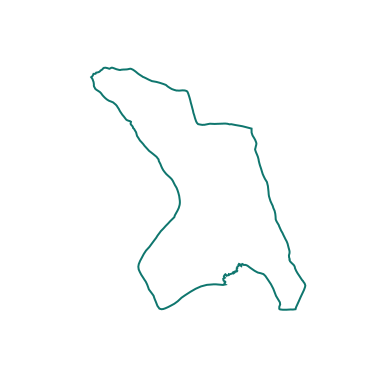 Kanhchriech, Prey Vêng, Cambodia, rotated 66°
{"feature_id": "14789045B7646940366874", "entity_name": "Kanhchriech", "entity_type": "district", "adm_level": 2, "iso_a3": "KHM", "parent_name": "Cambodia", "parent_adm1": "Prey Vêng", "projection": "natural_earth1", "projection_center": [105.547, 11.678], "detail": "fine", "context": "isolated", "style": "outline", "palette": "teal", "viewbox_px": 384, "rotation_deg": 66, "n_neighbors": 0, "source": "geoboundaries", "source_scale": "gbopen_adm2", "svg_char_len": 5137}
<svg xmlns="http://www.w3.org/2000/svg" viewBox="0 0 384 384"><g transform="rotate(66 192 192)"><path d="M341.2,145.1L339.7,143.9L337.4,141.3L335.0,138.6L332.0,135.3L329.0,131.8L327.0,129.5L324.8,127.4L323.5,126.5L321.4,126.3L319.6,126.7L318.1,126.9L317.6,127.2L313.4,127.9L311.5,128.2L309.3,128.6L306.3,128.9L303.5,128.9L302.5,128.6L300.6,128.6L298.7,129.3L297.3,129.9L295.3,130.6L293.6,130.6L293.2,130.1L291.2,129.9L289.3,129.2L288.2,128.3L287.4,127.7L285.8,127.0L284.2,126.7L282.1,126.4L279.8,126.0L278.1,125.7L275.6,125.6L273.2,125.8L270.4,125.9L268.2,126.0L267.1,126.0L266.2,126.0L263.5,126.3L260.5,126.3L258.5,126.3L257.4,126.2L255.9,126.4L253.3,126.7L251.2,126.7L249.6,126.1L248.3,125.6L245.8,124.8L242.8,124.2L239.7,124.2L237.4,123.9L234.8,124.0L232.1,124.0L230.4,123.8L227.2,123.4L225.4,122.9L222.9,122.0L219.5,120.9L217.3,120.2L216.0,120.0L213.4,119.5L209.7,120.0L207.1,120.1L204.3,120.1L201.8,119.8L198.7,119.4L195.3,119.1L193.3,118.8L191.6,118.5L191.0,118.4L189.1,117.9L186.6,117.5L184.1,117.4L182.6,117.4L180.7,117.3L179.7,117.2L178.6,117.0L177.7,116.2L176.6,115.4L175.0,114.1L173.8,113.4L172.6,113.2L170.2,113.1L167.9,113.3L165.0,113.7L162.0,113.4L160.1,112.6L158.3,111.8L154.0,117.2L152.5,119.1L151.0,121.3L148.4,125.2L146.7,127.6L146.0,128.6L145.5,130.1L144.0,132.0L142.9,134.0L142.1,136.0L141.1,138.5L140.2,140.7L139.0,143.7L137.8,146.1L136.9,147.9L136.3,150.5L135.7,153.2L134.8,155.4L133.9,156.8L132.5,158.8L130.8,159.4L129.1,159.5L125.6,159.2L123.1,158.8L120.2,158.5L118.0,158.0L115.4,157.6L112.4,157.1L110.2,156.8L107.6,156.3L105.7,156.0L104.2,155.8L102.4,155.6L100.4,155.4L98.7,155.4L97.6,155.8L96.3,157.3L95.2,159.5L94.4,161.9L93.8,163.2L93.0,164.9L91.6,166.6L89.8,168.5L87.9,169.9L86.8,170.6L85.7,171.3L83.6,172.3L81.7,174.2L79.0,177.2L76.9,179.8L74.4,183.5L71.7,185.9L69.1,188.0L67.7,189.2L66.8,190.1L65.7,190.7L64.4,191.6L62.5,192.8L61.2,193.5L59.3,194.4L57.7,195.3L56.0,196.4L54.8,197.5L54.4,198.0L54.1,198.9L53.8,200.5L53.5,201.6L53.0,203.0L52.4,204.4L52.0,205.5L51.6,206.7L51.3,208.1L50.8,208.9L49.8,210.2L49.1,211.1L48.2,212.0L47.0,213.2L46.1,214.2L45.7,215.1L45.8,216.3L45.8,217.4L44.5,218.8L43.3,220.4L42.8,221.9L42.9,222.8L43.5,224.0L43.8,225.3L43.8,226.1L44.2,226.7L44.5,227.9L44.4,229.5L44.1,230.5L44.0,231.1L44.7,232.0L44.4,233.0L44.0,233.9L44.6,234.5L45.5,235.6L45.9,236.5L46.1,237.4L47.1,237.2L48.0,237.0L48.8,237.0L50.0,237.1L51.5,237.2L52.9,237.6L53.6,237.8L54.3,238.1L54.9,238.4L55.8,238.6L56.5,238.5L57.3,238.4L58.1,238.5L58.7,238.2L59.7,237.8L60.7,237.1L62.1,236.2L63.2,235.5L64.8,234.9L67.2,234.4L69.0,233.8L70.6,233.2L72.7,232.2L74.8,230.8L76.5,229.1L78.1,227.6L79.8,226.8L81.2,226.1L82.9,225.6L84.6,225.4L86.1,225.1L88.2,225.0L89.8,224.8L91.5,224.5L93.2,224.2L95.2,223.6L96.9,223.2L99.0,222.7L100.0,222.1L101.1,221.0L102.0,219.9L103.0,219.2L103.6,219.6L104.4,220.2L105.4,220.4L106.5,220.0L107.9,219.6L108.9,219.6L109.5,219.8L110.4,219.4L111.0,219.2L112.4,219.1L114.7,218.8L118.4,219.4L120.8,219.0L123.8,218.6L125.8,217.9L128.3,217.1L130.5,216.6L132.6,215.9L134.7,215.2L136.9,214.5L139.3,213.2L141.8,211.9L145.2,210.2L145.7,210.0L146.2,209.9L147.1,209.7L147.9,209.5L148.6,209.3L150.2,209.7L151.9,209.6L153.6,209.5L155.8,209.6L157.9,209.6L160.4,209.4L162.6,208.9L165.1,208.2L167.0,207.4L169.7,206.2L171.8,205.4L173.9,205.0L176.4,204.9L178.6,204.8L181.8,204.4L184.4,204.5L187.2,204.8L190.3,205.3L192.7,206.0L195.1,206.7L197.0,207.5L198.7,208.5L201.2,210.6L203.1,212.8L206.1,216.8L206.5,217.3L207.8,218.4L208.7,220.8L209.8,223.8L211.0,226.5L212.3,229.8L213.7,232.9L215.1,236.4L216.3,238.5L217.8,241.2L219.3,243.4L220.9,246.3L222.7,249.5L224.8,253.2L226.8,257.8L228.4,260.3L229.2,261.5L231.8,264.8L233.8,267.4L236.3,270.0L238.4,271.4L241.1,272.2L243.7,272.2L247.0,272.0L249.5,271.6L252.9,271.1L255.1,270.7L258.3,270.6L261.2,270.8L263.4,271.0L266.1,270.4L268.3,269.9L270.6,269.4L271.2,269.3L272.0,269.4L274.1,269.6L277.9,269.7L281.9,269.9L285.3,269.2L286.7,267.5L287.2,265.8L287.4,263.7L287.4,260.5L287.2,257.3L286.9,253.6L286.0,249.4L284.3,244.5L283.5,240.2L282.5,233.8L281.9,228.0L281.9,224.7L281.9,222.2L282.9,216.1L284.1,212.8L285.0,210.2L286.2,207.5L288.0,204.2L289.5,201.5L290.0,199.2L289.0,199.8L288.4,199.4L288.1,198.4L287.4,198.1L286.6,198.8L285.7,199.2L285.1,199.0L284.4,198.9L283.9,198.7L283.7,196.9L282.7,197.3L282.0,197.2L280.9,195.6L280.8,194.9L282.5,194.5L282.4,193.8L282.7,193.3L282.9,192.2L282.1,191.7L282.5,191.3L282.7,189.3L282.8,188.5L282.5,187.8L283.3,187.2L283.1,186.5L282.5,187.1L282.1,187.0L282.1,186.0L282.5,185.7L282.1,185.0L282.3,184.5L282.7,183.9L282.8,183.3L282.5,182.8L281.6,183.2L280.8,182.5L280.2,181.8L279.7,182.0L279.3,181.3L278.6,180.8L278.5,179.8L278.0,178.7L277.3,179.0L276.8,178.3L277.4,177.7L278.2,177.9L278.4,177.1L279.1,177.5L279.7,177.1L278.8,176.5L278.2,175.4L278.7,174.9L279.5,174.6L280.1,173.5L280.4,172.7L281.9,171.3L284.8,169.7L289.4,166.9L292.3,164.7L294.2,162.2L296.1,160.1L298.6,159.1L303.0,158.3L308.3,157.4L313.4,157.1L317.4,157.3L321.1,157.5L325.2,157.0L328.5,156.6L330.6,157.2L332.3,158.9L334.2,159.8L334.9,159.5L335.4,158.8L336.5,156.9L338.0,153.5L339.4,149.8L340.5,147.4L341.2,145.1Z" fill="none" stroke="#0f766e" stroke-width="2"/></g></svg>